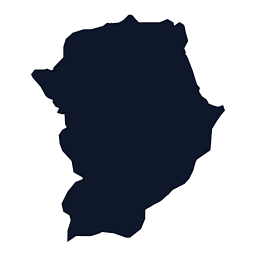 Jabal Habashi, Ta`izz, Yemen
{"feature_id": "15242507B58786860168028", "entity_name": "Jabal Habashi", "entity_type": "district", "adm_level": 2, "iso_a3": "YEM", "parent_name": "Yemen", "parent_adm1": "Ta`izz", "projection": "mercator", "projection_center": [43.88, 13.465], "detail": "fine", "context": "isolated", "style": "filled", "palette": "ink", "viewbox_px": 256, "rotation_deg": 0, "n_neighbors": 0, "source": "geoboundaries", "source_scale": "gbopen_adm2", "svg_char_len": 2811}
<svg xmlns="http://www.w3.org/2000/svg" viewBox="0 0 256 256"><path d="M68.1,240.6L76.0,235.2L77.2,235.2L80.2,235.3L83.2,235.4L90.7,235.4L94.8,234.1L95.5,233.9L95.8,233.8L96.7,233.5L98.3,233.0L99.0,232.8L101.8,231.2L114.6,232.6L114.7,232.8L126.3,236.9L129.7,236.9L140.4,228.5L141.2,226.6L142.0,224.6L144.3,219.0L144.5,218.4L144.5,214.0L144.5,209.4L146.1,208.3L150.0,206.2L153.7,203.9L155.7,203.0L156.0,202.8L160.0,200.6L160.7,200.1L161.0,200.0L165.7,195.6L165.8,195.5L168.1,193.9L170.7,190.9L170.8,190.7L171.2,190.4L172.6,189.1L175.9,187.4L176.1,187.3L176.9,186.9L177.3,186.7L177.9,186.4L178.8,185.9L181.8,184.4L182.5,184.1L182.7,183.9L183.5,183.5L183.9,183.3L184.2,183.2L188.8,178.0L190.4,174.7L192.6,170.3L194.9,161.7L196.5,158.9L200.9,155.9L209.5,149.9L209.7,149.7L210.1,144.9L210.3,143.0L210.5,140.3L210.7,137.0L211.0,133.2L211.2,131.1L211.3,128.8L211.8,127.9L212.2,127.4L212.5,126.8L213.0,126.1L213.1,125.9L216.5,120.3L220.2,115.0L224.1,110.3L222.6,106.0L218.3,107.6L213.1,106.2L210.0,104.9L208.1,104.1L206.7,101.0L205.6,99.7L201.8,97.0L201.5,96.8L201.4,96.7L201.2,96.3L199.1,93.0L198.9,92.6L198.5,92.0L198.3,91.7L198.2,91.5L199.1,88.1L196.5,85.1L195.3,81.6L195.2,81.3L191.7,69.8L191.3,69.1L191.2,68.8L190.5,67.1L190.2,66.2L187.3,58.6L185.9,55.8L184.3,54.1L185.1,52.7L184.3,50.5L183.6,48.8L183.6,48.0L183.6,47.9L187.4,40.9L185.0,32.4L183.9,26.4L183.1,25.1L179.5,22.9L174.7,26.3L172.3,26.0L172.4,25.1L173.1,25.2L173.0,23.1L167.5,19.8L160.0,23.0L157.8,23.0L156.8,23.0L153.6,23.0L146.7,23.0L138.7,23.1L135.0,19.5L132.1,16.0L130.9,15.4L128.7,15.6L127.0,17.6L126.7,17.9L125.5,19.0L124.8,19.7L123.8,20.6L121.9,21.7L121.8,21.8L119.7,22.9L119.1,23.3L115.8,23.6L114.8,23.7L112.2,23.9L111.7,23.9L111.4,23.6L111.0,24.0L110.0,24.0L109.6,24.0L109.4,24.0L108.3,23.6L107.9,23.6L107.2,23.8L106.9,23.8L105.7,24.8L105.1,25.3L102.8,26.9L100.6,27.3L100.0,27.6L94.5,29.1L91.4,30.0L90.4,30.0L87.6,30.0L85.2,30.0L83.9,30.0L77.5,32.0L74.1,33.1L73.1,33.4L70.9,35.4L69.0,37.1L68.7,37.4L66.5,39.3L64.7,45.0L64.1,46.7L64.1,46.8L64.1,48.0L64.1,53.6L64.1,55.2L64.1,57.6L54.2,67.8L53.9,70.2L50.9,71.1L47.2,69.4L44.3,70.3L39.0,70.3L35.1,70.3L33.1,72.9L31.9,74.6L32.9,76.4L33.6,77.7L36.4,80.8L37.2,81.7L40.9,86.0L41.0,86.2L41.5,86.9L46.1,95.3L47.8,96.9L48.6,97.5L53.8,99.5L53.3,102.0L54.3,103.5L55.9,105.9L56.1,106.1L56.7,106.4L57.6,106.7L59.6,107.5L60.2,107.8L58.1,112.0L58.0,112.3L61.4,113.4L65.3,113.5L65.8,123.9L67.4,127.0L67.8,127.7L67.8,127.8L67.0,128.2L64.6,129.4L62.8,130.3L62.4,131.0L61.4,132.4L61.4,132.5L60.4,134.0L59.6,135.2L59.5,135.3L59.6,135.7L60.0,139.7L60.4,143.6L60.4,143.8L63.0,150.5L72.3,160.7L74.2,171.8L83.2,176.9L83.7,179.4L83.8,179.5L75.9,182.6L68.2,192.0L64.8,198.8L62.3,203.8L64.0,211.3L69.9,214.6L70.6,217.0L71.5,220.2L71.5,220.4L68.3,230.5L68.1,240.6Z" fill="#0f172a" stroke="#020617" stroke-width="1.5"/></svg>